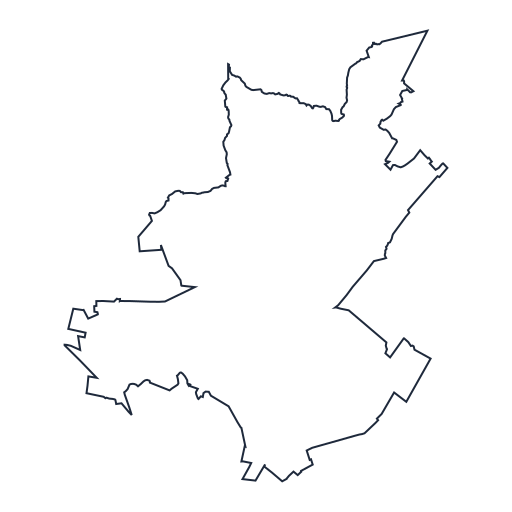 the district of Epazoyucan, Hidalgo, Mexico
{"feature_id": "50627088B39262816099819", "entity_name": "Epazoyucan", "entity_type": "district", "adm_level": 2, "iso_a3": "MEX", "parent_name": "Mexico", "parent_adm1": "Hidalgo", "projection": "albers", "projection_center": [-98.645, 20.038], "detail": "fine", "context": "isolated", "style": "outline", "palette": "slate", "viewbox_px": 512, "rotation_deg": 0, "n_neighbors": 0, "source": "geoboundaries", "source_scale": "gbopen_adm2", "svg_char_len": 5986}
<svg xmlns="http://www.w3.org/2000/svg" viewBox="0 0 512 512"><path d="M406.3,401.8L430.6,358.6L414.5,349.7L413.7,346.4L412.5,345.6L410.9,346.0L408.3,342.1L404.0,338.3L403.8,338.3L390.1,357.4L385.4,353.3L387.0,349.2L386.9,348.9L386.7,348.9L385.8,345.7L386.4,342.4L348.7,310.3L340.7,308.7L336.0,307.4L335.2,307.5L338.1,305.3L346.6,295.1L352.7,286.8L366.8,270.4L373.9,261.1L383.6,258.8L386.1,258.0L384.8,255.5L384.9,254.0L385.3,253.2L385.3,250.4L386.4,249.1L386.5,248.6L386.0,246.9L387.2,245.7L388.1,243.6L388.1,243.1L390.0,242.3L391.7,238.8L392.5,235.4L393.1,234.0L405.8,216.8L409.3,212.6L408.0,210.1L437.5,176.2L439.4,177.1L447.4,167.9L443.2,163.4L442.6,163.5L440.9,165.3L438.9,167.8L435.6,169.8L429.7,163.5L431.8,161.6L430.6,160.2L430.4,159.6L428.9,157.7L427.9,158.5L424.6,155.3L420.2,150.2L414.0,158.5L407.5,163.6L404.9,165.4L402.9,166.5L400.7,167.3L397.6,166.4L394.9,165.0L393.0,165.1L390.5,169.7L385.0,164.2L388.1,162.8L389.3,161.7L385.8,161.1L385.5,159.9L389.5,153.9L397.0,141.8L396.3,139.9L392.8,138.3L392.1,138.3L389.2,132.9L387.3,130.8L385.6,129.5L383.7,129.8L379.8,127.6L378.7,125.4L380.3,123.7L380.5,121.9L381.5,120.1L382.1,119.7L383.3,120.7L386.8,118.7L390.2,116.1L391.5,114.6L393.9,109.2L395.8,107.1L400.7,105.1L400.7,104.7L398.8,103.6L400.2,103.1L400.8,102.2L402.5,101.6L401.8,98.5L402.0,98.4L400.1,95.0L402.3,91.0L407.2,89.9L407.2,89.4L409.5,91.6L409.9,92.2L411.1,92.4L413.4,91.2L404.1,83.4L404.1,81.3L403.7,80.5L402.1,80.5L427.4,30.7L382.0,41.7L380.4,43.5L379.2,44.3L378.3,44.1L377.1,44.4L375.9,43.7L375.2,44.1L374.7,44.0L374.0,42.7L373.0,42.8L373.0,44.3L371.9,45.5L372.1,46.5L371.6,47.0L369.2,47.5L366.6,50.7L368.8,57.1L368.1,57.0L363.5,59.3L360.8,59.1L359.5,61.1L359.0,61.2L358.0,61.8L357.3,61.9L356.2,63.3L355.3,63.7L350.4,67.3L349.2,69.2L348.3,72.8L347.9,75.4L347.1,77.6L346.8,83.8L347.1,85.3L346.6,86.3L346.7,87.1L347.1,87.3L347.1,88.2L346.6,89.6L346.9,94.7L346.5,97.7L347.1,100.3L346.6,102.1L344.8,103.9L343.6,106.4L342.6,107.1L341.1,109.8L341.2,113.1L341.5,113.8L341.9,114.0L343.8,114.5L344.0,115.3L343.7,116.3L343.2,116.6L342.4,117.5L339.7,119.1L339.1,119.7L339.0,120.6L338.3,121.0L335.3,120.7L333.8,121.1L332.7,120.9L332.2,120.1L332.0,115.9L331.5,113.7L330.3,110.9L329.0,109.2L326.3,109.1L325.1,107.1L322.9,106.3L320.7,106.9L319.3,106.7L316.5,105.7L314.3,105.9L313.8,106.0L313.3,107.8L312.8,108.4L312.2,108.2L310.6,105.8L308.7,104.6L307.3,104.6L306.5,105.5L305.7,104.1L303.7,103.2L300.0,103.2L299.5,103.0L299.6,102.5L298.6,101.2L298.6,100.8L297.0,98.3L295.6,98.4L294.5,97.8L293.4,96.8L290.9,96.6L290.4,95.9L289.8,95.7L288.1,96.0L287.6,95.8L287.1,94.9L286.3,94.6L285.0,95.3L283.4,95.4L280.1,94.4L279.6,93.5L278.8,92.9L278.4,93.1L277.9,93.8L275.2,94.4L273.8,93.3L272.8,93.1L271.2,93.4L269.2,93.1L266.8,93.9L264.9,93.6L264.0,93.3L261.8,91.8L261.4,90.1L260.5,89.3L253.2,90.1L251.4,89.8L246.4,86.9L245.4,85.7L244.8,83.6L241.2,80.2L240.7,78.7L239.8,77.6L237.6,76.5L236.9,76.4L236.1,76.7L234.3,75.6L232.1,74.9L229.8,71.3L229.9,67.6L229.3,67.4L228.8,66.5L229.0,64.6L228.1,64.1L228.2,78.4L228.7,78.9L227.5,80.5L225.5,82.4L223.3,85.3L221.6,88.9L221.9,89.7L223.7,91.0L224.2,91.9L224.2,92.7L225.0,93.9L225.7,94.6L226.4,98.6L224.8,100.6L225.3,106.5L225.6,106.9L227.1,107.3L227.0,109.4L227.2,109.8L228.2,109.5L228.5,110.0L228.7,111.2L228.8,114.7L228.1,117.0L228.2,118.0L228.6,118.8L229.3,119.5L229.5,120.9L231.4,125.1L231.0,126.4L230.3,126.8L229.9,127.5L229.0,131.9L228.5,133.3L227.0,134.4L227.0,135.9L225.1,137.9L224.5,140.0L223.3,141.8L223.6,145.6L225.3,150.2L226.6,152.3L226.8,154.2L226.0,158.1L226.8,163.0L227.6,163.9L227.4,165.2L230.0,172.2L230.4,174.6L229.5,174.9L225.9,177.7L226.3,178.1L226.7,177.9L227.7,178.1L228.2,178.6L227.4,181.0L225.8,181.2L225.5,181.8L225.3,182.8L225.6,186.2L225.0,186.2L224.0,185.7L222.3,185.4L220.8,185.8L218.4,187.4L214.0,187.9L212.1,188.9L210.5,190.9L207.9,192.0L204.1,192.3L203.3,192.6L202.0,192.7L200.7,193.4L197.4,194.0L195.4,193.3L191.4,192.9L186.0,193.1L184.2,193.2L183.4,193.6L182.8,192.2L181.0,192.2L179.8,190.9L178.2,190.8L175.2,191.4L172.0,194.0L169.2,195.4L167.9,197.7L168.5,198.3L168.5,200.5L166.5,201.0L165.8,201.9L165.1,204.5L164.1,206.3L160.6,210.2L157.4,212.2L154.6,213.4L152.0,212.9L149.8,213.0L149.1,214.6L149.4,215.4L150.2,215.9L151.9,220.9L138.3,236.8L139.7,251.3L161.4,249.8L160.9,245.0L168.6,265.9L172.0,268.3L180.5,280.2L181.3,285.4L181.5,285.7L194.8,287.1L165.0,301.5L159.0,301.8L149.4,301.7L130.8,301.1L120.2,301.0L120.6,300.2L119.9,300.8L120.0,299.0L118.2,299.2L116.9,298.7L114.0,301.6L103.1,301.0L96.3,301.1L96.4,305.9L94.2,306.2L94.4,311.7L97.4,312.2L97.9,314.1L97.8,314.4L88.2,318.6L83.6,309.9L83.0,310.1L73.3,308.7L68.3,328.9L85.6,332.7L84.7,337.4L78.1,336.1L80.2,350.0L70.8,345.8L67.0,344.9L64.6,344.7L64.6,345.3L79.7,360.2L96.7,377.8L88.4,376.4L87.5,385.8L86.5,393.2L103.7,396.8L105.4,398.2L106.5,397.7L109.3,398.6L112.5,398.9L114.8,399.4L115.4,400.0L116.2,404.0L121.5,403.3L128.7,411.9L131.7,415.0L129.3,407.5L124.8,394.8L124.2,392.3L125.7,391.2L127.6,389.1L129.5,384.6L130.9,384.0L132.8,383.8L134.3,384.0L136.2,384.7L138.0,386.3L140.7,384.1L143.5,381.4L145.2,380.3L147.1,379.9L149.5,380.7L149.9,381.6L149.9,382.6L169.6,390.4L171.6,388.7L177.6,384.7L178.4,383.4L177.9,379.2L177.0,375.7L177.5,375.5L179.8,372.8L180.4,372.5L181.1,372.5L182.7,373.7L185.0,376.4L187.2,380.2L187.4,383.4L188.2,384.8L188.4,383.9L190.0,384.4L190.4,384.7L189.8,386.0L197.8,388.8L195.9,392.2L196.2,394.1L197.9,398.5L198.5,399.0L200.9,396.3L202.8,397.0L203.5,393.1L205.6,391.6L208.8,391.8L210.9,395.7L228.6,406.3L237.5,422.2L240.7,427.4L241.4,427.8L245.4,446.6L244.7,446.3L241.4,461.5L243.1,461.4L251.2,463.0L249.3,466.9L242.5,479.1L255.5,480.6L264.6,465.2L264.8,465.3L264.2,466.5L272.0,472.6L282.2,481.3L286.6,478.9L286.6,478.7L288.9,475.9L293.5,471.6L297.7,475.1L301.2,471.8L300.9,471.2L301.0,470.9L312.7,464.6L311.0,459.3L309.7,459.9L306.7,450.5L312.2,447.8L354.7,435.8L359.5,434.5L362.0,434.1L364.5,433.3L375.6,422.8L378.1,420.2L376.9,418.6L381.6,414.0L394.1,392.5L406.3,401.8Z" fill="none" stroke="#1e293b" stroke-width="2"/></svg>